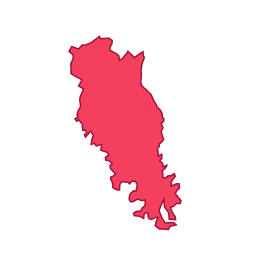 the district of Salgado Filho, Paraná, Brazil, rotated 208°
{"feature_id": "56859067B54894241849206", "entity_name": "Salgado Filho", "entity_type": "district", "adm_level": 2, "iso_a3": "BRA", "parent_name": "Brazil", "parent_adm1": "Paraná", "projection": "natural_earth1", "projection_center": [-53.439, -26.139], "detail": "fine", "context": "isolated", "style": "filled", "palette": "rose", "viewbox_px": 256, "rotation_deg": 208, "n_neighbors": 0, "source": "geoboundaries", "source_scale": "gbopen_adm2", "svg_char_len": 2465}
<svg xmlns="http://www.w3.org/2000/svg" viewBox="0 0 256 256"><g transform="rotate(208 128 128)"><path d="M99.7,150.4L100.5,152.8L102.9,153.7L104.4,156.5L108.2,159.1L111.9,160.0L114.4,162.2L117.0,163.5L119.9,165.6L122.8,168.0L125.2,169.0L127.5,169.4L130.1,170.5L133.4,171.0L136.5,172.4L138.7,175.3L140.2,179.1L141.7,182.3L143.4,184.6L144.6,187.8L145.8,191.3L146.2,194.6L146.7,197.8L149.0,199.7L150.5,202.4L152.5,199.2L155.2,193.2L164.1,195.7L164.2,192.5L165.0,189.8L165.4,186.5L167.6,183.9L170.0,187.4L172.9,188.1L175.7,188.1L180.8,188.3L181.8,191.6L181.8,195.0L183.0,197.9L187.1,198.3L194.2,193.9L196.2,195.5L200.5,186.1L202.0,184.3L204.6,181.0L207.5,179.8L208.7,174.5L215.9,173.5L216.0,167.9L210.9,166.8L209.0,163.7L208.8,160.6L208.6,157.8L206.0,153.5L204.0,149.4L199.9,148.9L191.3,149.0L191.3,141.9L185.6,141.7L184.9,133.2L183.9,130.3L181.5,127.0L179.9,124.4L180.1,120.0L179.2,115.7L177.3,114.4L179.1,111.1L176.4,109.9L175.4,112.1L169.9,109.8L168.6,107.1L166.6,104.6L164.3,106.3L162.4,104.4L163.3,101.5L161.2,100.1L160.4,103.4L159.6,107.6L157.5,106.6L155.1,105.1L154.6,101.0L152.7,96.2L150.5,98.7L147.6,97.2L145.9,98.9L143.7,101.2L142.6,98.8L141.7,95.7L138.8,96.1L135.0,96.8L132.4,95.1L134.2,91.6L132.7,89.2L128.9,90.2L125.2,89.2L126.3,86.3L124.2,83.8L121.9,83.1L117.4,81.6L118.4,78.7L120.2,76.5L119.0,74.5L116.5,72.7L114.9,70.9L113.3,68.2L109.2,68.1L106.4,69.3L108.6,74.0L108.4,77.7L104.7,79.1L102.6,80.0L100.3,79.4L99.9,82.4L96.9,84.3L94.7,83.4L92.9,81.8L92.0,78.2L91.1,75.8L93.6,75.2L95.0,71.3L94.7,68.3L93.2,65.2L91.1,64.1L88.8,65.5L86.2,69.8L81.8,70.3L78.9,72.6L76.5,67.4L77.9,64.0L77.7,60.8L79.6,59.4L81.8,58.0L83.1,55.2L81.3,53.6L79.1,54.4L76.2,55.6L71.7,55.5L73.3,59.4L72.0,62.1L69.9,61.9L69.1,59.6L66.7,57.7L64.1,58.5L61.9,61.8L59.4,63.1L59.3,59.7L58.2,54.6L56.1,54.2L52.7,53.6L49.3,55.5L44.8,57.2L44.5,61.1L40.0,65.1L42.9,65.8L44.9,65.2L50.4,61.6L55.8,64.4L61.9,69.8L62.5,75.1L63.0,82.1L58.6,75.4L54.0,73.2L51.8,71.7L48.8,66.8L42.9,69.4L45.0,72.1L47.0,72.9L51.1,75.7L53.2,77.9L51.1,80.1L49.7,84.2L46.6,85.7L47.0,88.7L55.5,92.2L55.4,95.8L54.3,99.2L56.8,102.7L59.3,101.2L62.7,96.9L64.6,101.6L63.6,107.6L65.7,109.4L67.7,106.0L70.2,104.5L71.6,101.3L74.2,100.7L75.3,103.1L77.6,106.3L76.1,110.5L76.2,113.2L78.7,110.3L80.9,113.0L84.7,114.0L83.9,117.1L85.9,120.7L88.0,117.5L89.8,120.2L92.4,123.7L91.7,126.8L93.1,128.6L91.8,130.8L91.0,134.5L94.1,137.3L97.1,140.5L97.2,144.7L100.9,147.7L99.7,150.4Z" fill="#f43f5e" stroke="#9f1239" stroke-width="1.5"/></g></svg>